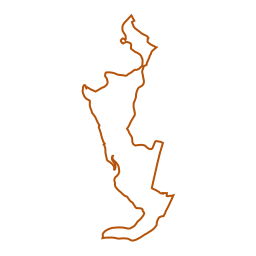 the district of Sibiu, Sibiu, Romania
{"feature_id": "2599482B4700394891348", "entity_name": "Sibiu", "entity_type": "district", "adm_level": 2, "iso_a3": "ROU", "parent_name": "Romania", "parent_adm1": "Sibiu", "projection": "mercator", "projection_center": [23.934, 45.655], "detail": "fine", "context": "isolated", "style": "outline", "palette": "amber", "viewbox_px": 256, "rotation_deg": 0, "n_neighbors": 0, "source": "geoboundaries", "source_scale": "gbopen_adm2", "svg_char_len": 5658}
<svg xmlns="http://www.w3.org/2000/svg" viewBox="0 0 256 256"><path d="M141.1,55.9L141.2,56.4L141.6,57.2L142.1,58.5L142.4,58.9L142.5,59.8L142.6,60.6L142.5,62.0L142.5,62.7L142.4,64.6L142.2,65.7L141.7,66.3L140.4,67.5L139.1,68.7L138.1,69.3L136.9,69.8L135.9,69.8L134.7,69.8L133.5,70.6L132.6,71.4L130.8,72.7L128.2,74.2L127.0,75.3L126.7,75.5L125.6,75.7L124.8,75.7L124.0,75.5L122.6,75.2L119.9,75.0L118.0,74.7L115.9,73.9L114.9,73.4L112.8,72.8L109.2,72.3L107.6,72.3L105.8,72.6L105.5,73.1L105.1,75.3L105.1,76.2L105.6,76.8L106.7,78.5L107.0,79.3L107.5,81.2L107.6,82.3L107.5,83.0L107.3,83.6L107.0,84.3L106.7,84.8L104.6,86.7L101.7,87.9L99.9,89.0L98.2,90.0L95.6,91.5L95.0,91.3L91.0,89.5L87.3,87.3L86.4,88.3L85.8,87.1L85.5,85.6L84.9,85.2L84.6,85.1L84.2,85.1L83.6,85.7L83.4,86.4L83.2,86.8L83.0,87.8L82.6,91.5L82.7,91.9L82.9,92.7L83.1,93.6L83.6,94.5L84.1,95.8L84.5,96.7L86.0,98.4L86.5,98.8L87.1,99.2L89.4,100.4L89.9,100.9L89.8,101.7L89.8,105.5L90.2,107.3L91.1,109.7L92.3,113.3L93.2,114.1L94.4,115.9L95.1,116.7L96.0,118.7L97.6,122.2L99.5,125.6L98.8,126.5L98.8,127.3L100.4,131.9L101.0,133.9L101.3,135.5L102.5,139.5L103.7,142.5L104.8,143.8L103.7,144.6L104.2,145.2L104.5,146.1L105.1,147.3L105.4,149.8L105.4,152.0L105.5,153.1L106.1,155.8L106.4,157.3L106.7,158.3L106.9,159.6L107.1,160.0L107.6,160.7L109.9,162.1L111.4,163.3L112.3,164.2L113.8,166.2L114.1,167.4L114.2,168.2L114.2,168.7L114.0,169.1L114.0,169.4L114.2,169.6L114.6,169.7L114.9,169.5L115.2,168.7L115.5,167.0L115.5,166.0L114.9,164.0L112.5,160.4L112.1,159.6L112.0,158.8L112.0,157.3L112.3,156.4L112.5,155.9L112.9,155.9L112.8,156.2L112.4,157.4L112.5,158.3L112.8,159.2L113.2,159.8L114.4,161.0L115.7,162.1L117.4,164.3L118.1,165.3L118.8,167.6L119.3,171.7L118.4,174.1L116.9,176.0L115.9,176.6L115.0,177.7L114.5,179.0L114.3,180.3L114.9,182.7L115.0,184.8L115.3,186.4L115.9,187.4L117.4,189.2L118.8,190.6L120.3,191.8L122.7,194.1L124.5,195.6L125.2,196.0L125.6,196.1L126.1,196.2L126.5,196.5L127.2,196.9L128.3,198.4L129.0,199.5L130.6,201.3L132.5,202.6L133.3,203.8L134.5,205.6L135.1,206.8L135.8,207.6L136.4,208.0L137.1,208.2L138.3,208.1L139.7,208.3L141.6,208.6L142.3,209.2L142.6,209.6L142.6,210.5L142.9,211.1L143.3,211.7L143.7,212.1L144.1,212.8L144.2,213.3L144.0,214.1L142.9,216.0L141.0,218.5L139.2,220.2L138.3,220.9L137.3,222.0L136.0,223.9L134.6,225.7L133.6,226.5L132.3,227.2L130.3,228.3L129.1,228.6L127.8,228.5L125.9,228.1L124.0,227.7L121.9,227.5L117.8,227.4L112.3,227.9L109.1,228.9L107.2,229.8L105.1,231.1L103.5,232.8L103.0,233.6L102.7,234.6L102.9,236.4L102.7,237.6L102.5,238.1L104.1,237.8L104.6,237.8L105.6,237.7L107.4,237.6L109.1,237.6L110.7,237.5L113.8,237.7L115.0,237.9L118.0,238.6L118.9,238.6L119.6,238.6L123.1,238.3L124.1,238.3L126.1,238.5L126.6,238.5L127.3,238.6L128.1,238.8L129.6,239.5L130.6,240.1L132.4,240.6L133.3,240.5L134.5,240.2L135.2,240.0L136.5,239.5L140.0,237.7L141.2,236.9L143.4,235.5L145.3,234.2L147.3,233.2L149.5,231.7L151.5,230.5L153.8,228.7L156.2,225.8L156.5,225.2L156.7,224.3L156.8,222.8L156.8,222.4L157.4,220.6L158.3,218.7L159.0,217.7L159.3,217.3L161.6,216.3L163.0,216.2L163.6,216.1L163.8,215.7L164.2,214.7L165.1,213.2L165.6,211.6L166.5,209.8L167.8,207.4L169.8,203.3L173.0,196.2L173.4,195.3L172.0,195.7L170.5,195.8L169.9,195.8L169.1,196.0L168.3,196.1L167.4,196.1L166.7,196.0L166.7,195.3L166.9,193.1L166.5,193.1L164.5,193.1L162.9,193.0L162.9,193.6L162.1,193.5L161.5,193.4L161.3,193.3L160.8,193.3L160.4,193.1L159.6,192.6L159.1,192.0L158.5,191.6L154.8,189.6L153.2,188.9L152.3,188.5L151.8,188.0L157.3,163.6L159.8,153.4L162.9,143.0L162.2,142.6L161.1,142.0L160.4,141.8L159.6,141.7L158.8,141.5L157.6,141.3L156.8,141.1L156.2,141.1L155.6,141.2L155.2,141.6L153.7,145.2L153.0,146.9L152.5,148.1L152.2,148.5L151.4,149.0L150.6,149.1L149.5,148.9L148.9,148.8L147.8,148.1L147.0,147.5L146.0,146.5L145.2,145.9L144.7,145.5L143.9,145.2L142.7,145.0L141.9,144.9L140.6,144.9L138.8,145.0L137.4,145.2L135.9,145.4L135.6,145.5L135.4,145.5L133.9,144.6L133.1,143.9L132.8,143.2L132.4,142.1L132.3,140.6L132.3,139.8L132.0,137.8L131.8,137.2L130.6,135.1L129.9,134.1L129.0,132.3L128.4,130.8L127.6,129.5L127.2,129.1L127.0,128.7L127.9,127.5L129.0,125.7L129.5,124.7L130.7,121.9L131.4,120.7L132.8,118.4L134.6,115.4L134.8,114.5L134.9,113.6L134.7,112.4L134.3,110.1L133.8,108.4L133.6,107.1L133.6,104.4L133.7,103.4L133.9,102.6L134.7,100.8L135.9,97.4L136.0,96.3L136.0,94.9L136.5,92.4L137.1,90.6L137.8,89.0L138.2,88.3L138.4,88.0L138.7,87.7L141.8,85.8L142.6,85.2L143.0,84.6L143.5,83.7L143.8,82.8L143.9,82.0L143.9,80.7L143.4,78.4L142.9,75.6L142.2,72.2L142.2,71.3L142.4,70.2L143.1,68.5L143.5,66.8L143.9,66.2L145.9,65.2L146.6,64.8L146.7,63.5L146.9,62.7L147.4,61.8L149.0,58.2L150.1,55.2L150.9,53.9L151.2,52.7L151.8,51.5L152.6,50.6L153.5,49.8L154.7,48.8L156.5,47.3L155.0,46.7L152.4,45.3L150.8,44.5L149.3,43.4L148.2,42.5L147.6,41.9L147.6,39.1L147.8,39.0L148.1,38.7L148.5,38.2L148.3,37.8L148.0,37.3L147.1,36.3L146.7,36.0L146.2,35.7L144.7,35.0L143.8,34.6L141.3,33.2L140.0,32.0L138.4,30.8L135.3,28.5L134.3,27.4L133.8,26.8L133.5,26.2L131.9,22.1L134.3,20.7L131.6,15.8L131.5,15.7L131.3,15.4L129.2,17.7L128.7,18.1L128.2,18.8L126.3,20.8L124.3,22.9L124.0,23.5L123.4,24.2L123.2,24.6L122.9,25.2L122.5,26.6L122.4,27.9L122.4,29.2L122.6,30.7L123.2,31.8L123.9,33.0L125.0,34.6L125.3,35.1L125.5,35.7L125.7,36.5L125.7,37.6L125.7,39.1L125.7,39.3L125.2,39.9L124.5,39.2L123.5,38.7L122.4,38.5L122.1,38.8L120.9,40.3L120.8,40.6L120.8,41.0L121.0,41.4L121.6,42.3L122.0,42.9L122.6,43.2L122.7,43.4L123.0,43.5L123.2,43.4L125.2,42.4L125.8,42.0L126.2,41.8L128.9,42.5L130.3,43.3L131.0,44.0L131.1,44.5L131.2,44.9L131.1,45.6L131.1,46.7L130.9,47.2L131.0,48.5L131.2,48.9L132.1,49.6L135.1,51.8L137.2,52.8L139.4,54.1L140.2,54.9L140.6,55.3L141.1,55.9Z" fill="none" stroke="#b45309" stroke-width="2"/></svg>